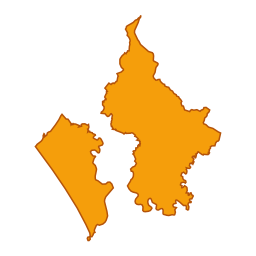 Thach Ha, Ha Tinh, Vietnam (Natural Earth projection), rotated 180°
{"feature_id": "81297802B93916372624290", "entity_name": "Thach Ha", "entity_type": "district", "adm_level": 2, "iso_a3": "VNM", "parent_name": "Vietnam", "parent_adm1": "Ha Tinh", "projection": "natural_earth1", "projection_center": [105.851, 18.322], "detail": "fine", "context": "isolated", "style": "filled", "palette": "amber", "viewbox_px": 256, "rotation_deg": 180, "n_neighbors": 0, "source": "geoboundaries", "source_scale": "gbopen_adm2", "svg_char_len": 5786}
<svg xmlns="http://www.w3.org/2000/svg" viewBox="0 0 256 256"><g transform="rotate(180 128 128)"><path d="M144.2,137.5L143.8,137.2L144.7,134.2L144.5,133.4L145.0,132.6L145.0,131.3L144.6,129.6L144.0,129.7L143.5,128.0L143.0,127.7L143.6,126.8L141.4,126.4L140.5,126.8L140.0,126.5L140.1,125.6L133.3,123.0L132.0,122.0L130.4,123.4L129.9,122.6L125.4,122.8L124.7,123.2L123.3,123.0L120.7,120.8L121.2,119.7L120.0,119.3L117.9,117.3L118.3,116.4L119.1,115.9L117.7,115.4L116.5,115.6L116.3,114.3L115.9,114.2L116.2,112.8L115.7,112.5L116.2,110.1L116.8,110.2L116.7,111.4L117.3,111.4L118.2,110.2L118.3,108.4L120.2,108.0L120.1,106.6L120.7,105.3L122.4,105.1L122.9,104.7L121.9,103.0L123.1,102.0L122.1,101.1L120.4,97.2L120.5,96.3L121.3,94.9L120.1,93.6L119.6,92.4L121.2,89.8L123.4,88.9L125.4,86.9L124.8,84.8L123.4,84.6L122.8,83.5L122.5,82.3L122.7,79.5L123.8,77.3L125.0,76.4L125.6,74.8L128.5,70.1L126.9,67.0L125.0,64.9L122.9,63.9L119.4,63.0L117.8,61.7L117.8,60.1L120.3,56.9L120.7,55.7L120.9,54.6L120.5,52.9L119.0,51.7L117.1,51.4L115.4,51.7L113.8,51.0L113.0,49.1L113.2,45.6L112.4,44.6L110.9,44.3L107.6,44.7L105.6,45.5L104.1,47.6L104.4,48.6L107.3,50.8L108.1,52.9L108.2,54.9L107.7,56.4L106.6,57.5L105.5,57.6L104.9,57.0L103.6,53.6L99.7,51.5L99.4,50.8L100.0,47.4L99.5,46.6L98.8,46.1L97.5,46.0L95.1,47.4L93.6,47.3L92.9,46.0L93.0,42.7L92.6,41.7L89.1,40.7L87.1,40.5L83.9,41.3L81.9,41.0L81.3,41.3L80.6,43.8L81.2,46.3L79.6,48.4L82.5,49.1L83.2,50.8L82.3,52.1L80.0,52.7L80.4,55.3L79.9,56.0L79.1,55.9L76.5,54.1L72.5,50.5L70.1,50.5L69.6,49.0L69.8,46.9L68.2,46.0L67.5,46.4L67.1,49.2L68.0,51.3L67.7,52.7L67.0,53.4L65.2,53.4L64.8,53.9L64.9,54.5L66.4,55.1L66.5,56.5L66.0,57.0L64.2,57.1L62.8,59.9L63.0,60.5L64.2,61.1L65.0,63.2L65.7,63.0L66.6,61.1L67.3,60.7L67.8,61.0L67.6,63.0L69.8,63.1L68.8,65.4L69.0,68.2L69.5,69.0L71.4,70.3L72.8,68.7L74.1,68.2L74.3,68.7L74.0,70.3L75.5,70.9L75.5,71.7L74.7,73.4L72.0,73.8L70.7,72.9L70.0,73.8L70.4,75.3L72.4,76.2L73.2,77.6L73.3,79.3L75.0,80.3L74.2,82.9L72.3,83.8L70.5,82.1L69.6,82.4L69.1,84.2L69.2,85.5L69.8,86.6L69.2,87.3L69.6,88.2L66.8,87.5L65.7,88.1L65.4,88.9L66.6,90.3L66.1,92.5L64.6,92.9L64.3,92.3L63.7,92.1L63.6,92.7L63.1,91.9L62.1,94.1L62.8,94.4L62.5,94.9L62.8,95.8L62.1,96.8L62.3,97.8L63.4,98.1L63.8,98.8L63.3,99.0L63.2,99.6L61.5,100.0L61.5,99.3L60.4,98.3L60.0,99.2L60.4,99.6L59.8,100.2L59.6,101.2L60.2,101.9L58.8,102.6L58.3,103.9L57.8,104.2L53.9,101.4L52.8,101.0L52.4,101.7L48.8,101.4L47.9,101.5L47.8,102.2L47.6,101.8L47.1,102.1L46.5,103.2L46.9,103.5L47.0,104.2L46.6,105.5L46.9,106.0L45.5,107.9L45.6,109.2L44.2,110.1L41.1,110.2L40.3,113.2L39.0,114.7L37.7,115.0L37.0,115.9L35.4,123.0L37.6,124.0L43.1,127.6L47.5,128.9L50.1,131.4L52.3,132.2L52.7,133.4L51.7,135.7L51.3,138.0L49.5,139.5L48.9,140.8L48.8,142.2L47.0,144.1L46.3,146.0L49.9,148.6L52.1,148.4L52.5,147.1L53.3,146.3L54.6,146.0L56.0,144.7L59.1,146.3L62.2,145.8L64.2,146.4L65.5,145.7L66.3,144.4L71.4,146.1L72.6,149.9L74.1,150.2L75.0,153.1L74.2,154.6L75.7,156.9L76.5,157.4L77.4,159.2L79.3,159.9L79.8,161.3L82.1,162.5L83.5,164.9L85.6,166.0L87.3,168.7L89.5,169.2L91.3,170.2L91.4,171.6L92.8,172.0L94.6,173.5L95.8,175.1L96.2,176.6L98.0,176.5L98.7,176.0L100.1,175.8L102.0,177.7L102.7,179.2L102.7,180.4L101.0,183.5L100.1,188.5L98.3,190.9L97.9,192.1L98.5,193.0L102.1,194.9L102.7,195.6L102.4,200.0L102.7,202.0L103.7,203.3L107.5,204.5L115.5,211.5L117.2,214.9L118.3,216.3L121.5,223.1L121.4,225.5L117.8,233.5L116.7,237.2L115.4,238.8L115.1,240.6L116.1,238.8L117.6,237.9L118.8,236.4L120.6,235.8L122.7,233.6L129.0,230.0L129.6,229.3L129.8,228.0L130.5,226.9L128.4,223.1L128.8,220.5L127.7,219.6L126.3,217.2L125.8,215.1L126.4,213.6L126.1,211.6L126.6,209.7L126.9,205.2L128.4,205.1L128.7,204.0L129.7,203.1L130.0,202.3L131.3,203.1L131.6,202.3L134.0,200.1L135.7,197.6L136.1,196.5L136.1,192.1L134.6,188.6L132.6,186.8L132.6,185.9L134.7,184.0L139.0,182.4L137.7,179.8L138.2,179.2L138.9,175.4L139.3,174.6L139.8,174.6L141.7,172.5L142.8,173.0L143.3,172.5L143.8,172.7L145.0,171.5L147.1,172.9L151.1,167.9L149.3,165.8L149.3,165.1L148.7,164.6L149.6,164.1L149.3,162.6L150.0,162.0L151.3,159.0L150.7,157.8L150.1,157.5L150.0,156.4L150.8,156.4L152.1,155.0L152.2,154.2L152.9,154.8L153.4,154.5L153.4,151.1L151.9,149.3L151.9,147.3L153.0,145.2L154.7,143.8L154.9,142.7L151.0,142.3L149.1,140.0L148.1,139.5L146.5,140.3L145.3,142.2L144.7,142.3L143.6,140.7L144.2,137.5ZM220.6,109.5L203.5,86.1L190.8,67.4L178.8,48.0L170.1,31.5L166.2,23.1L165.8,20.3L166.5,19.2L168.3,18.7L168.7,17.4L168.0,15.5L167.1,15.4L165.8,16.7L166.1,19.2L164.1,19.3L162.9,21.3L162.4,22.9L161.0,23.6L161.7,25.0L161.5,26.4L159.7,30.5L158.6,31.5L156.6,30.8L153.1,32.0L150.9,33.9L149.8,35.8L148.4,40.1L149.1,44.7L151.5,54.4L151.3,56.5L150.2,59.3L142.7,68.1L144.2,72.0L146.1,73.9L148.2,73.8L150.3,72.0L153.7,71.9L158.3,75.4L159.9,75.9L160.7,77.1L160.8,79.9L159.5,86.4L159.6,87.5L160.7,90.5L162.8,92.6L163.2,93.4L161.9,97.6L160.5,99.4L160.9,99.9L162.4,99.9L163.2,100.3L165.0,102.6L165.5,104.4L164.2,105.7L161.4,106.0L160.2,105.4L158.2,103.3L157.3,103.1L156.7,103.5L156.2,105.1L156.2,106.8L157.4,109.0L157.3,109.7L153.7,111.0L153.0,112.3L153.3,113.7L155.0,116.9L155.7,117.7L156.8,118.0L157.3,117.7L158.2,116.2L159.0,116.0L162.1,117.6L162.6,118.0L162.6,118.8L162.1,119.7L160.6,120.8L160.8,121.4L163.4,122.5L163.8,123.3L166.1,123.8L166.2,124.4L166.8,124.2L167.2,125.2L168.2,124.2L167.9,126.1L168.4,126.9L167.6,127.3L167.1,128.9L167.5,131.5L168.5,130.8L171.1,132.2L173.7,132.1L174.7,131.5L174.4,129.8L177.2,129.1L176.4,130.3L180.3,131.9L182.2,132.1L182.6,131.7L183.0,132.3L183.6,131.5L184.1,132.0L184.9,131.1L185.2,132.8L188.0,136.8L189.9,137.0L194.0,141.7L195.1,140.3L197.1,136.3L200.5,131.2L205.5,124.6L207.3,124.0L208.6,123.1L209.2,121.0L211.6,119.1L211.4,121.7L212.0,122.3L212.8,120.5L212.8,118.4L213.5,116.5L214.8,114.8L219.1,111.5L219.1,111.1L220.6,109.5Z" fill="#f59e0b" stroke="#b45309" stroke-width="1.5"/></g></svg>